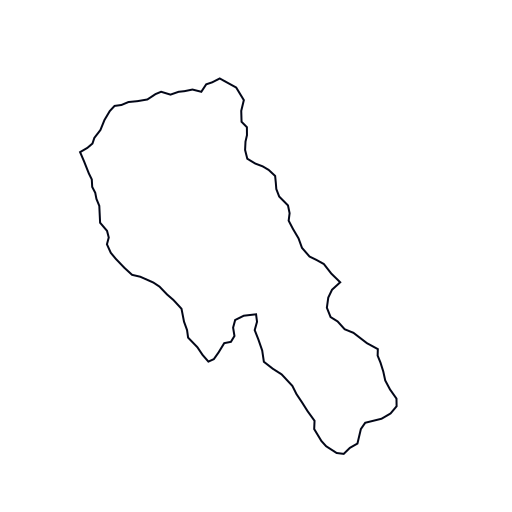 Santana da Ponte Pensa, São Paulo, Brazil (Natural Earth projection), rotated 133°
{"feature_id": "56859067B61515541575492", "entity_name": "Santana da Ponte Pensa", "entity_type": "district", "adm_level": 2, "iso_a3": "BRA", "parent_name": "Brazil", "parent_adm1": "São Paulo", "projection": "natural_earth1", "projection_center": [-50.796, -20.251], "detail": "fine", "context": "isolated", "style": "outline", "palette": "ink", "viewbox_px": 512, "rotation_deg": 133, "n_neighbors": 0, "source": "geoboundaries", "source_scale": "gbopen_adm2", "svg_char_len": 1647}
<svg xmlns="http://www.w3.org/2000/svg" viewBox="0 0 512 512"><g transform="rotate(133 256 256)"><path d="M340.9,56.9L332.3,56.5L324.0,53.9L311.0,61.3L303.5,62.4L289.4,53.2L279.4,50.2L270.0,50.7L264.5,56.0L262.2,67.0L258.9,76.6L253.7,84.1L249.1,92.2L245.9,99.1L241.0,103.4L244.1,115.4L245.7,132.2L249.1,141.2L248.2,151.7L249.8,159.8L245.5,168.9L237.1,174.8L228.8,177.4L217.8,176.5L217.5,189.0L215.6,200.9L217.7,209.3L219.9,216.5L218.7,227.9L214.1,236.9L211.0,247.4L207.9,256.2L201.8,260.6L197.2,267.1L196.7,279.6L193.2,286.8L188.9,291.5L184.4,296.6L184.4,305.4L185.9,312.3L188.9,319.6L190.8,328.7L185.9,336.3L179.5,341.7L173.8,345.0L168.0,350.5L167.7,358.1L159.9,365.8L150.3,371.2L146.3,385.4L150.9,403.6L158.9,406.5L164.4,409.5L173.2,408.0L177.6,416.0L184.2,420.7L188.7,424.6L196.3,428.6L200.6,437.4L206.1,439.9L215.6,442.2L223.6,448.3L230.4,454.3L237.3,457.4L242.7,461.8L249.7,461.8L259.8,459.6L270.0,455.7L279.8,454.8L285.3,452.3L292.0,453.1L300.0,455.5L304.1,446.2L309.6,434.6L312.0,428.3L317.2,422.9L319.4,416.7L323.1,411.6L326.2,404.8L338.0,392.7L339.2,382.1L342.9,376.3L349.1,373.0L352.7,364.4L353.7,356.6L354.4,344.0L354.3,333.8L350.1,326.5L345.4,312.9L344.2,305.7L344.8,294.8L344.5,286.4L345.4,274.5L353.1,263.9L357.2,255.9L362.0,250.0L362.7,236.6L364.8,227.6L365.7,218.8L360.2,216.5L352.1,217.6L341.4,219.8L335.9,215.8L329.2,217.2L324.0,223.9L317.0,227.6L308.0,224.2L298.6,216.2L303.4,210.4L311.1,206.4L315.4,197.4L320.9,187.0L328.0,178.1L327.0,166.8L325.1,156.5L326.2,140.8L329.4,132.2L331.7,122.4L334.3,112.5L336.6,100.8L342.9,95.4L346.7,82.0L347.3,75.0L345.1,62.7L340.9,56.9Z" fill="none" stroke="#020617" stroke-width="2"/></g></svg>